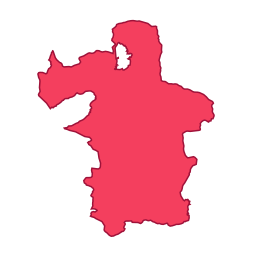 Tanah Datar, Sumatera Barat, Indonesia, rotated 86°
{"feature_id": "22746128B43985885623603", "entity_name": "Tanah Datar", "entity_type": "district", "adm_level": 2, "iso_a3": "IDN", "parent_name": "Indonesia", "parent_adm1": "Sumatera Barat", "projection": "natural_earth1", "projection_center": [100.576, -0.47], "detail": "fine", "context": "isolated", "style": "filled", "palette": "rose", "viewbox_px": 256, "rotation_deg": 86, "n_neighbors": 0, "source": "geoboundaries", "source_scale": "gbopen_adm2", "svg_char_len": 5775}
<svg xmlns="http://www.w3.org/2000/svg" viewBox="0 0 256 256"><g transform="rotate(86 128 128)"><path d="M22.0,109.4L22.1,111.4L21.2,115.4L21.2,117.7L21.5,120.6L22.4,123.5L22.5,125.3L22.9,126.4L23.2,129.9L24.0,132.1L25.5,132.7L26.5,133.8L28.4,136.7L29.8,136.4L31.0,136.7L32.4,136.0L34.1,135.9L36.7,136.7L38.0,137.7L39.6,138.0L42.9,135.0L43.8,134.9L46.4,138.0L50.6,137.1L51.3,137.6L52.6,137.8L50.6,142.7L50.0,145.1L50.4,148.3L49.8,150.0L48.9,151.5L48.6,153.6L48.8,154.4L49.7,155.3L50.8,157.0L51.0,158.8L50.4,161.1L50.6,162.4L53.0,167.1L54.1,171.1L54.9,171.9L55.6,172.0L58.3,170.8L58.9,170.7L60.6,172.2L61.8,177.2L63.0,179.9L63.1,180.6L62.6,182.6L62.6,187.5L61.7,189.0L59.6,189.4L58.2,190.6L58.0,191.5L54.9,194.4L52.8,195.6L46.0,197.4L45.8,197.8L46.7,198.2L47.4,199.0L48.5,199.2L50.4,200.2L53.7,201.5L54.6,202.3L56.4,200.4L57.0,200.6L58.1,200.3L59.0,200.6L59.8,200.0L60.5,200.1L62.3,201.2L63.4,203.0L65.4,204.1L67.5,204.9L68.2,206.1L66.7,209.3L66.4,211.9L66.6,213.2L67.8,214.1L71.3,213.6L73.9,212.6L75.5,212.6L81.5,213.5L85.3,213.1L88.2,214.9L89.5,214.8L97.5,207.5L103.3,204.1L102.0,202.7L102.0,202.2L102.5,201.6L102.5,201.0L101.7,200.3L101.2,199.3L101.2,198.3L100.9,197.9L100.3,197.9L99.6,197.0L99.3,195.9L97.9,193.6L96.9,192.3L96.0,191.6L95.8,190.4L95.2,190.1L94.3,188.6L94.4,185.4L93.6,184.4L93.1,181.6L91.9,179.0L90.2,177.6L89.4,176.3L90.2,175.2L90.9,173.5L90.8,171.8L90.5,170.6L88.5,167.8L88.3,164.2L88.5,162.4L90.3,159.8L91.3,159.3L92.2,159.3L93.4,158.1L94.6,157.9L95.8,158.5L96.1,157.9L96.9,158.1L97.7,159.1L98.9,161.4L100.5,163.2L101.7,164.0L102.7,164.2L103.7,163.9L104.1,163.1L105.7,162.9L107.3,164.5L107.9,164.0L108.6,164.2L108.9,164.8L109.8,164.5L110.3,165.7L112.3,166.3L113.0,167.8L115.8,171.0L116.8,172.7L117.9,176.0L119.1,177.2L119.8,179.5L121.9,184.1L121.9,187.2L123.3,188.4L123.6,191.6L124.3,191.2L125.2,188.6L126.3,186.4L128.1,180.6L133.5,171.7L134.6,167.0L136.5,165.5L137.4,165.2L137.8,165.4L138.9,167.3L138.9,168.1L139.8,169.2L140.8,168.5L141.7,168.3L143.2,166.2L144.0,165.8L143.8,165.6L144.1,165.7L146.8,164.2L148.0,161.7L149.6,159.5L156.0,159.0L161.1,157.8L164.8,158.3L165.7,158.7L166.7,160.1L166.7,161.2L165.6,166.8L167.5,167.3L170.0,167.0L170.2,166.7L173.9,167.2L174.7,168.3L174.8,170.4L174.6,172.7L174.9,173.6L177.4,175.8L179.7,175.4L180.9,173.9L182.0,173.5L182.8,171.1L183.7,169.5L183.9,168.7L185.2,167.7L185.6,167.0L187.0,166.5L187.8,166.7L189.0,167.8L189.8,167.7L192.7,169.7L193.6,169.3L194.6,167.8L195.3,167.7L197.7,168.1L198.4,167.9L199.3,168.3L201.6,168.6L203.2,168.5L206.2,170.2L206.1,168.5L206.6,166.4L207.5,164.9L208.2,164.6L209.5,166.7L209.0,168.2L209.3,169.9L210.5,170.9L212.2,170.7L213.3,171.6L213.8,170.8L215.0,167.6L215.8,166.9L219.5,160.5L224.0,158.1L227.9,158.9L228.8,158.7L230.1,157.6L230.9,156.5L233.7,154.1L234.8,152.3L234.7,149.9L233.7,147.6L233.2,145.4L231.3,141.9L230.9,141.7L230.8,140.2L230.3,139.4L229.3,138.6L228.3,138.1L227.7,138.9L227.1,139.2L225.8,138.7L223.8,137.5L223.4,137.5L222.0,138.3L221.1,137.5L220.7,136.3L221.0,131.1L221.4,130.7L222.4,130.4L223.0,124.5L224.1,122.2L223.8,121.4L222.8,120.1L221.7,119.5L221.1,118.6L220.9,116.5L221.6,115.1L221.9,113.9L221.6,111.8L223.3,109.6L223.8,108.0L224.6,107.0L225.5,105.1L225.4,103.3L226.2,101.7L226.6,99.6L225.7,95.7L226.1,95.2L227.6,94.6L228.8,92.8L228.6,90.7L227.9,87.7L227.5,86.9L227.6,84.1L227.3,81.9L226.6,79.8L225.2,78.5L225.4,77.4L225.0,76.7L224.4,74.1L222.1,73.3L219.4,73.2L218.9,74.8L218.2,74.9L218.0,74.0L217.5,73.7L217.1,74.5L216.3,74.1L216.1,74.4L215.1,74.5L214.2,74.1L213.8,73.6L211.0,73.9L210.2,73.8L208.7,72.8L208.5,71.6L207.7,72.3L207.1,72.0L206.1,72.1L205.8,71.5L205.4,71.5L204.7,72.9L203.6,73.1L203.4,73.4L203.7,74.1L203.4,75.6L204.5,76.7L203.7,77.8L199.4,80.0L196.0,80.5L195.1,80.0L194.3,79.0L192.3,78.2L189.8,77.6L188.6,76.9L186.6,75.2L178.9,70.1L177.4,70.1L176.3,69.1L173.7,68.6L172.8,68.2L170.2,66.1L169.0,62.5L164.1,61.5L161.9,63.4L161.2,64.7L161.9,69.6L161.8,70.7L159.3,72.7L155.1,73.9L152.7,74.1L149.8,73.5L144.7,74.2L141.6,73.7L138.0,74.1L136.9,73.4L135.4,70.4L135.2,69.0L135.7,66.1L135.3,57.4L135.0,56.2L134.2,55.9L132.1,56.3L130.2,55.4L128.7,55.7L126.9,54.2L125.8,52.4L125.5,51.0L126.0,49.6L127.7,47.3L127.6,47.0L126.7,46.5L126.7,44.8L124.7,44.1L124.7,42.6L121.9,41.3L120.7,41.4L118.2,42.6L117.2,42.7L114.9,42.2L112.4,43.0L110.8,42.7L109.3,41.1L108.3,41.4L107.4,42.0L105.2,45.6L102.4,47.7L99.9,50.2L97.7,54.2L97.2,56.0L96.8,59.4L96.3,60.7L94.2,63.7L93.3,66.0L93.1,69.0L92.3,70.3L90.2,72.0L89.2,74.3L87.7,76.1L87.3,78.0L87.4,79.9L87.0,81.3L86.7,84.5L84.5,87.2L84.2,87.8L83.9,90.0L83.0,91.5L79.3,91.6L77.4,92.2L76.0,92.3L73.1,91.4L72.5,91.6L70.4,91.0L68.0,91.8L65.1,91.6L62.6,92.3L57.0,90.4L54.6,89.0L52.6,89.2L48.0,88.6L47.4,88.7L45.8,90.1L43.5,91.3L42.0,91.0L40.9,91.6L38.7,90.9L36.8,92.1L33.0,91.8L30.4,92.6L29.0,92.4L28.4,93.2L28.4,97.3L25.1,100.9L22.0,109.4ZM46.1,125.5L46.6,124.5L47.3,124.1L47.8,124.3L48.2,123.9L48.7,123.9L49.3,123.2L49.8,123.1L50.5,123.6L50.8,122.9L51.3,122.8L51.5,123.6L51.8,123.0L52.6,123.4L53.1,123.2L53.9,123.6L53.9,123.0L54.2,122.7L54.0,121.9L54.2,121.4L53.6,120.8L54.1,120.3L54.1,119.3L55.0,118.9L55.7,118.9L56.3,119.5L57.1,119.7L57.4,120.4L57.2,121.2L58.3,121.7L58.3,121.2L58.5,121.5L58.4,122.2L58.7,122.2L59.0,123.2L59.4,122.8L59.5,121.9L60.2,121.0L61.7,120.9L65.3,121.5L65.7,123.3L67.1,123.5L67.8,124.5L68.3,124.8L69.9,128.0L69.6,129.1L68.4,129.5L69.2,131.9L68.5,136.4L68.7,136.7L68.5,136.9L68.2,136.3L67.9,136.6L67.6,135.7L67.2,135.9L67.1,135.5L65.8,135.1L65.7,135.7L65.3,135.3L64.8,135.3L64.9,134.9L64.3,135.0L64.3,134.2L63.9,134.6L64.0,135.0L63.7,135.1L60.4,134.3L58.5,134.7L57.7,132.8L57.1,132.8L58.0,135.1L47.6,135.3L45.9,134.6L45.0,133.6L42.7,132.3L42.1,131.1L42.5,130.4L43.1,130.4L43.7,129.6L43.5,128.6L44.3,127.3L45.5,126.7L45.5,125.4L46.1,125.5Z" fill="#f43f5e" stroke="#9f1239" stroke-width="1.5"/></g></svg>